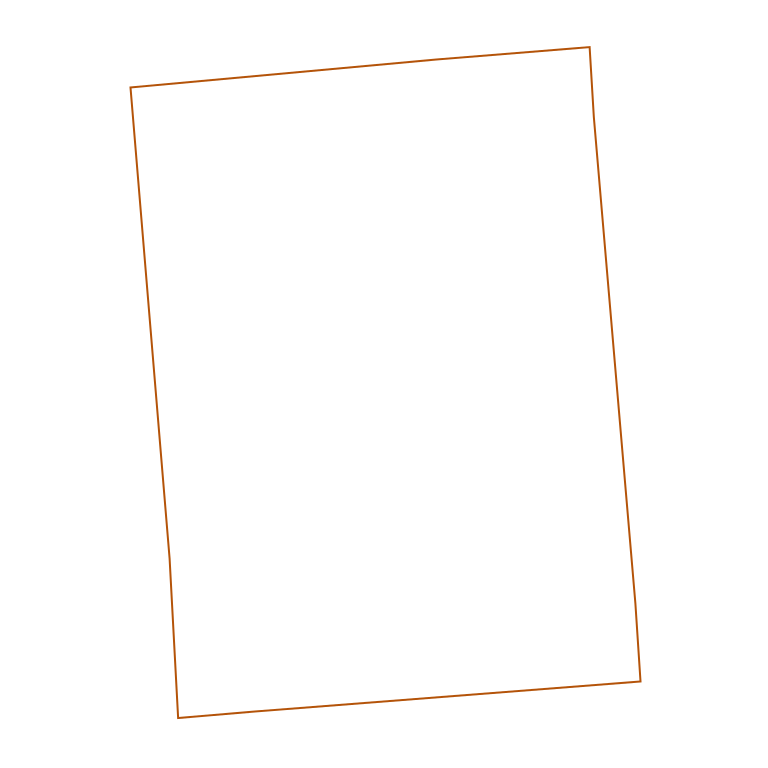 Caldwell, Missouri, United States of America, rotated 265°
{"feature_id": "52423323B90835669534324", "entity_name": "Caldwell", "entity_type": "district", "adm_level": 2, "iso_a3": "USA", "parent_name": "United States of America", "parent_adm1": "Missouri", "projection": "natural_earth1", "projection_center": [-94.016, 39.657], "detail": "fine", "context": "isolated", "style": "outline", "palette": "amber", "viewbox_px": 768, "rotation_deg": 265, "n_neighbors": 0, "source": "geoboundaries", "source_scale": "gbopen_adm2", "svg_char_len": 282}
<svg xmlns="http://www.w3.org/2000/svg" viewBox="0 0 768 768"><g transform="rotate(265 384 384)"><path d="M69.2,149.8L69.0,226.1L65.3,613.6L143.3,615.3L631.7,616.3L701.7,618.2L702.7,464.3L701.5,157.3L228.6,155.2L69.2,149.8Z" fill="none" stroke="#b45309" stroke-width="2"/></g></svg>